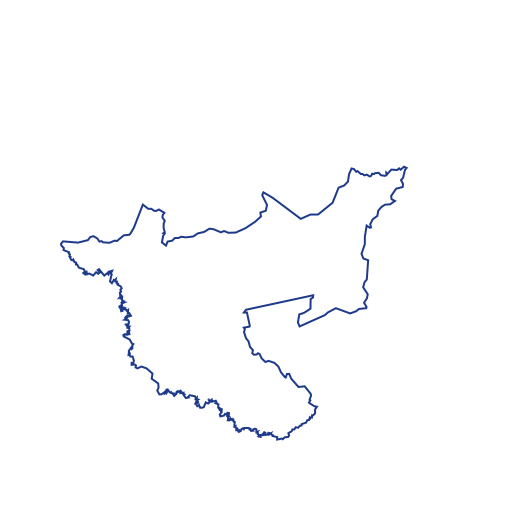 Asunafo South, Brong Ahafo, Ghana (orthographic projection), rotated 133°
{"feature_id": "2480657B2337940648547", "entity_name": "Asunafo South", "entity_type": "district", "adm_level": 2, "iso_a3": "GHA", "parent_name": "Ghana", "parent_adm1": "Brong Ahafo", "projection": "orthographic", "projection_center": [-2.473, 6.562], "detail": "fine", "context": "isolated", "style": "outline", "palette": "blue", "viewbox_px": 512, "rotation_deg": 133, "n_neighbors": 0, "source": "geoboundaries", "source_scale": "gbopen_adm2", "svg_char_len": 6146}
<svg xmlns="http://www.w3.org/2000/svg" viewBox="0 0 512 512"><g transform="rotate(133 256 256)"><path d="M88.9,205.9L89.7,208.6L94.3,209.1L94.3,211.1L96.8,211.4L100.5,215.9L106.3,215.9L106.2,217.5L108.0,215.7L109.5,216.4L111.7,219.7L111.5,223.0L114.2,225.4L115.7,225.6L116.6,227.2L118.7,226.4L120.3,227.1L120.9,230.4L123.1,231.7L123.4,234.1L124.5,235.2L124.7,239.7L126.1,240.2L125.6,243.6L126.8,245.8L132.6,243.8L138.9,239.5L144.3,239.6L149.7,242.2L164.8,236.3L183.3,238.9L188.6,244.5L198.3,248.6L202.1,283.7L204.4,294.0L207.3,292.9L211.1,282.8L216.2,279.7L221.3,282.4L223.8,279.3L231.6,280.0L242.9,282.7L252.7,286.8L257.9,292.1L259.5,296.4L262.6,297.8L265.4,305.4L267.8,308.7L273.7,310.3L279.2,314.0L284.5,315.2L290.1,319.9L293.1,324.0L295.5,324.8L298.2,327.6L302.1,327.8L305.7,330.5L309.8,328.9L310.2,334.1L304.5,337.7L302.1,338.0L302.5,339.3L300.9,338.9L298.4,342.8L295.3,345.6L292.5,346.7L291.6,350.7L289.8,352.1L286.9,352.5L288.2,358.7L291.2,359.8L292.4,361.3L292.9,364.8L295.0,367.0L295.6,373.8L318.6,364.6L324.9,363.2L326.8,363.1L331.1,366.8L339.9,367.9L341.1,369.8L346.3,372.2L350.3,377.2L350.4,379.0L352.2,380.3L351.4,384.3L352.4,388.4L355.1,390.1L359.1,389.8L367.6,395.3L376.9,407.1L380.0,406.9L381.1,405.6L381.2,402.1L382.9,400.7L380.8,395.4L381.9,394.6L381.7,393.2L383.5,392.3L383.2,390.9L384.1,390.7L384.8,388.7L384.6,387.5L383.1,387.3L384.3,384.6L383.5,383.1L385.0,381.9L384.2,381.0L385.3,377.5L383.1,373.0L383.9,370.5L387.1,370.8L385.9,370.2L386.0,368.4L383.4,368.8L384.7,367.0L384.8,366.3L384.2,367.1L382.5,365.9L381.3,361.7L376.9,361.9L376.6,359.3L374.6,358.9L374.2,362.2L372.7,361.8L373.8,353.6L370.2,353.1L370.2,351.4L368.1,353.1L364.9,351.1L366.8,350.5L367.2,351.6L368.3,351.8L367.9,349.0L374.1,345.5L374.2,342.8L370.4,343.7L370.3,342.8L368.7,342.7L370.5,341.6L369.6,340.3L370.7,339.8L370.3,338.1L371.4,337.8L370.5,334.2L371.2,332.2L373.1,332.2L374.0,330.4L375.6,330.6L377.2,328.7L376.7,328.4L376.9,326.4L377.6,326.5L377.1,327.5L379.4,327.4L378.5,326.9L379.2,326.2L377.5,325.8L379.9,323.6L379.3,322.0L380.9,322.3L379.8,320.7L382.3,321.8L384.1,319.5L383.8,321.0L386.1,321.5L386.6,320.7L385.1,318.9L386.7,319.4L388.3,316.9L387.1,316.2L385.3,318.2L385.4,316.0L384.8,317.3L383.3,316.0L385.0,314.7L383.8,315.1L384.2,313.2L382.6,312.8L385.2,310.8L384.2,309.9L385.0,306.7L386.7,307.6L386.7,308.8L388.8,308.3L388.1,309.6L390.5,309.6L390.8,307.9L392.0,308.4L390.1,305.7L390.6,304.2L392.8,302.8L394.9,304.4L395.1,303.2L393.6,302.5L395.3,301.9L394.0,300.5L395.9,300.5L395.3,299.5L396.8,297.7L398.7,298.7L400.0,297.7L398.3,297.0L399.4,295.3L401.6,296.6L402.6,298.6L404.1,299.0L403.9,298.1L405.0,297.8L403.2,291.4L404.6,287.2L404.1,285.6L405.7,285.5L407.9,283.4L408.8,283.5L408.3,284.8L412.2,284.3L413.0,282.5L413.5,283.0L415.3,281.7L414.3,281.1L415.2,279.3L413.7,277.7L415.8,273.9L418.4,272.6L419.0,274.0L420.4,272.8L418.1,270.7L417.9,269.1L419.6,268.1L419.1,266.1L415.0,264.4L412.8,259.3L412.6,251.5L416.9,248.6L415.9,240.6L418.7,237.5L421.8,236.4L423.1,232.2L421.6,230.8L418.0,230.1L418.8,229.2L417.7,229.2L417.8,227.9L416.1,228.3L416.5,230.5L415.6,229.1L414.8,230.3L413.8,229.6L414.6,226.1L414.1,225.0L413.0,225.9L413.9,224.2L412.8,222.6L413.5,222.8L414.1,220.4L411.2,220.2L409.4,221.4L408.2,221.0L408.6,220.2L406.0,219.4L406.2,218.0L407.0,218.6L407.9,217.9L405.5,215.8L406.5,215.4L406.0,214.0L407.0,214.2L407.7,210.4L405.6,208.9L405.6,209.6L403.0,209.5L400.2,204.9L401.3,202.8L400.0,202.7L400.8,202.1L400.4,200.7L401.9,201.5L401.5,200.2L402.3,199.0L402.3,200.6L405.0,199.8L403.6,198.8L405.3,198.6L405.9,196.5L403.8,196.0L405.5,193.0L404.6,193.7L404.5,192.5L402.2,191.1L397.3,192.9L396.6,190.4L394.3,190.2L393.9,191.4L393.2,189.9L392.8,191.1L392.5,190.0L391.4,190.2L392.0,189.3L390.7,189.3L391.6,188.9L391.2,187.8L389.3,186.7L389.9,185.1L391.2,185.2L390.1,182.3L392.6,180.4L393.1,177.8L392.0,178.7L391.5,176.7L392.9,176.7L392.3,175.8L393.7,174.6L396.6,174.4L397.6,172.7L394.6,170.6L392.5,170.9L392.1,168.9L390.2,170.0L389.3,168.7L390.4,167.8L390.3,168.6L391.8,168.3L391.7,166.7L392.9,167.4L393.3,165.8L395.4,164.6L394.7,163.7L393.5,164.5L393.4,163.5L392.4,163.9L392.7,162.7L391.6,162.5L392.1,161.3L391.1,161.0L392.4,159.2L391.9,158.4L395.4,155.6L394.5,155.1L395.5,154.7L394.9,153.1L396.2,152.3L395.4,151.7L396.4,151.2L395.6,150.7L396.1,149.7L395.2,149.5L396.1,148.5L394.4,147.8L392.8,148.6L391.0,148.1L391.0,146.8L389.7,147.2L386.8,144.1L386.4,142.4L387.9,142.9L386.7,141.8L387.3,140.4L385.6,138.8L385.0,139.8L383.1,139.1L382.5,137.5L384.6,135.6L383.5,135.0L384.7,134.9L384.3,133.6L385.8,132.8L385.0,132.9L385.0,131.3L386.3,131.2L385.2,129.3L384.2,130.4L382.8,129.2L383.0,130.0L382.1,129.3L380.2,129.7L380.4,128.9L379.1,129.3L378.9,128.4L380.3,127.1L378.7,125.6L376.9,126.4L376.1,125.1L377.0,124.5L375.6,124.1L376.3,123.9L375.6,121.4L376.3,121.0L374.0,117.0L375.8,115.3L371.9,112.6L371.8,111.5L368.9,111.3L366.5,109.1L364.8,109.3L363.5,111.5L359.9,110.4L357.9,111.1L356.8,109.7L354.2,110.2L352.9,108.1L350.1,108.1L349.0,107.1L347.7,107.9L343.7,105.7L341.2,106.5L339.8,105.4L337.4,106.5L337.5,105.7L336.8,106.0L336.0,104.9L334.2,106.4L333.4,105.5L330.8,105.5L328.0,108.1L324.7,108.7L326.1,110.9L327.2,117.2L324.6,117.8L324.7,118.7L320.6,120.5L319.5,122.0L318.1,131.5L322.8,135.6L321.7,146.5L319.6,151.3L321.2,152.9L324.6,151.4L324.9,152.1L324.0,158.5L321.6,164.3L321.6,169.7L324.1,175.2L327.1,176.9L327.0,182.0L325.2,186.7L325.9,188.3L327.5,188.3L329.6,190.1L329.6,192.5L326.9,194.1L326.6,198.4L323.6,203.1L322.9,207.3L319.8,212.9L317.1,214.3L316.7,216.0L312.1,212.6L311.3,212.9L303.5,224.1L305.6,226.3L302.2,226.7L245.7,187.4L247.5,186.0L250.2,186.7L257.4,180.2L264.8,182.1L269.2,184.5L275.9,180.1L277.8,176.1L252.2,165.3L248.1,164.9L239.7,162.0L233.8,148.0L228.1,145.1L224.4,144.5L219.0,139.8L217.9,140.3L216.5,145.1L211.3,146.0L207.8,148.2L205.8,156.3L201.0,158.8L197.7,158.9L182.6,171.1L184.6,175.6L182.5,180.3L173.1,184.5L167.7,189.5L158.3,195.8L157.8,192.1L156.7,191.4L154.9,194.1L149.5,195.7L143.9,194.6L139.5,197.5L134.6,197.7L130.4,196.6L126.8,193.2L121.0,191.9L122.0,195.6L119.9,198.1L111.2,199.4L105.5,195.8L103.1,197.5L101.6,201.7L98.5,201.8L91.3,205.8L88.9,205.9Z" fill="none" stroke="#1e3a8a" stroke-width="2"/></g></svg>